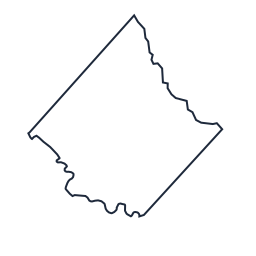 the district of Lamar, Texas, United States of America, rotated 222°
{"feature_id": "52423323B29010460164460", "entity_name": "Lamar", "entity_type": "district", "adm_level": 2, "iso_a3": "USA", "parent_name": "United States of America", "parent_adm1": "Texas", "projection": "natural_earth1", "projection_center": [-95.621, 33.658], "detail": "fine", "context": "isolated", "style": "outline", "palette": "slate", "viewbox_px": 256, "rotation_deg": 222, "n_neighbors": 0, "source": "geoboundaries", "source_scale": "gbopen_adm2", "svg_char_len": 1407}
<svg xmlns="http://www.w3.org/2000/svg" viewBox="0 0 256 256"><g transform="rotate(222 128 128)"><path d="M82.0,59.7L82.2,60.3L83.1,61.3L84.1,64.9L83.9,65.7L83.0,66.9L81.5,67.6L79.3,68.9L79.0,68.9L78.3,68.5L75.3,65.0L74.8,64.5L71.9,63.4L70.8,63.4L66.8,64.3L66.6,64.9L66.6,65.2L66.8,66.7L67.1,67.5L67.3,68.7L67.2,69.3L66.8,70.0L66.3,70.5L64.9,71.4L63.9,71.7L62.5,71.5L61.8,71.3L60.9,70.5L60.4,69.9L58.0,74.0L57.2,190.1L65.2,191.0L67.6,187.7L77.2,180.9L82.8,179.5L90.7,182.9L95.9,181.8L102.5,187.4L112.6,182.2L118.2,182.1L125.2,184.1L128.3,187.7L132.5,185.2L142.5,195.1L149.2,195.9L152.0,192.7L156.2,194.4L158.6,198.9L162.5,198.6L170.9,205.8L175.3,206.6L182.2,212.6L191.6,213.5L198.8,215.8L198.2,59.0L198.5,57.4L194.3,55.7L192.3,55.5L192.0,55.6L191.9,58.5L190.8,61.0L187.4,61.3L181.5,61.2L173.1,61.8L162.9,61.0L158.8,59.9L158.6,59.6L159.3,56.3L158.9,55.6L158.4,55.3L157.1,55.5L154.9,57.7L151.4,59.1L148.8,59.1L147.8,58.6L147.7,57.9L147.8,55.5L146.8,54.2L145.5,53.9L144.2,54.5L142.9,55.7L140.8,57.1L139.1,57.5L137.8,57.4L137.0,56.6L136.0,54.8L135.9,52.9L136.7,50.7L136.7,48.6L136.2,46.5L134.7,42.6L134.1,41.6L133.7,41.1L133.1,40.9L127.3,40.2L123.7,40.3L122.7,42.5L114.1,49.0L111.5,49.2L108.2,48.2L106.8,48.5L105.6,49.3L103.8,52.0L101.8,54.2L98.7,55.8L95.1,56.0L94.4,55.8L90.6,53.1L88.2,52.4L85.7,52.5L83.4,53.5L82.9,54.1L82.0,56.4L81.8,59.2L82.0,59.7Z" fill="none" stroke="#1e293b" stroke-width="2"/></g></svg>